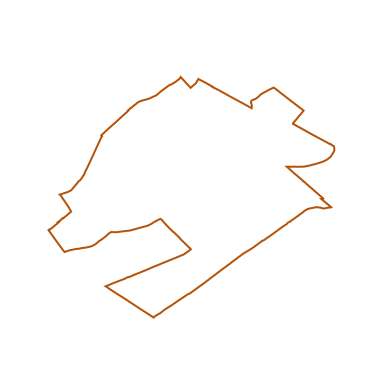 the district of Oudewater, Utrecht, Netherlands, rotated 348°
{"feature_id": "6326949B94693963978568", "entity_name": "Oudewater", "entity_type": "district", "adm_level": 2, "iso_a3": "NLD", "parent_name": "Netherlands", "parent_adm1": "Utrecht", "projection": "natural_earth1", "projection_center": [4.869, 52.025], "detail": "fine", "context": "isolated", "style": "outline", "palette": "amber", "viewbox_px": 384, "rotation_deg": 348, "n_neighbors": 0, "source": "geoboundaries", "source_scale": "gbopen_adm2", "svg_char_len": 5806}
<svg xmlns="http://www.w3.org/2000/svg" viewBox="0 0 384 384"><g transform="rotate(348 192 192)"><path d="M325.0,235.9L324.2,234.8L317.1,225.8L317.8,225.9L318.6,226.1L319.3,226.2L319.6,226.4L306.8,209.4L303.9,205.4L303.4,204.8L303.1,204.7L303.1,204.4L298.1,197.8L297.7,197.2L296.5,195.9L296.0,195.1L295.5,194.6L293.3,191.4L290.0,187.0L290.6,187.1L291.7,187.3L295.5,188.2L297.4,188.5L301.0,189.4L302.1,189.6L306.5,190.4L307.3,190.5L311.0,190.6L311.8,190.6L315.3,190.4L318.8,190.3L322.1,190.0L325.0,189.7L327.9,189.2L328.7,189.0L330.2,188.6L330.7,188.4L331.8,187.9L334.2,186.8L334.9,186.3L335.5,185.8L337.9,183.4L339.0,182.2L339.3,181.7L339.8,181.1L340.0,180.4L340.1,179.7L340.3,178.5L340.3,177.6L340.3,176.6L339.0,175.6L338.5,175.2L337.4,173.8L337.2,174.0L336.7,173.7L335.9,173.0L335.5,172.6L331.4,169.1L322.6,161.7L322.1,161.3L321.9,161.2L321.7,160.9L321.2,160.5L318.0,157.7L313.7,153.9L304.9,146.3L305.0,146.0L305.1,145.8L305.2,145.7L307.2,144.2L310.4,141.7L311.7,140.6L313.8,139.0L316.6,136.8L318.1,135.6L317.5,134.8L312.6,129.1L309.5,125.5L307.3,123.0L304.0,119.0L300.4,114.8L299.1,113.3L297.6,111.3L294.6,107.9L293.5,106.8L292.4,107.1L289.5,107.8L281.7,110.1L280.3,110.6L279.4,110.9L278.6,111.4L277.0,112.5L276.4,112.8L275.2,113.4L274.6,113.7L273.6,114.1L273.0,114.3L272.6,114.3L270.9,114.5L270.6,114.6L270.0,114.7L269.3,115.1L268.9,115.4L268.6,115.7L268.5,116.0L268.4,116.3L268.3,116.8L268.3,117.2L268.5,118.8L268.5,119.2L268.5,119.6L268.4,120.5L267.8,122.4L265.8,120.7L263.8,119.0L261.7,117.2L248.8,106.2L239.6,98.2L236.1,95.3L235.6,95.0L235.2,94.8L233.8,93.5L234.1,93.4L233.2,92.5L231.7,91.3L230.4,90.1L228.4,88.3L227.9,87.9L221.7,82.8L218.3,86.5L212.3,89.8L210.0,85.9L208.6,83.7L207.0,80.8L204.8,77.2L204.0,78.4L203.3,78.6L201.6,79.5L201.2,79.6L199.8,80.4L197.8,81.2L195.7,81.9L194.0,82.5L192.6,82.6L192.0,82.8L189.9,83.7L189.0,84.2L187.5,84.8L181.6,87.6L180.9,88.0L179.0,89.1L177.2,90.0L176.4,90.2L174.9,90.5L173.0,90.9L171.9,91.2L170.1,91.6L168.7,91.8L166.8,92.0L164.6,92.0L162.4,92.2L160.2,92.5L158.4,92.8L157.9,93.0L155.9,94.0L154.8,94.6L154.1,94.9L152.9,95.5L150.4,96.9L150.0,97.1L149.9,97.0L149.6,97.0L148.3,97.8L146.8,98.6L147.0,98.9L146.4,99.3L144.2,100.7L138.6,103.9L137.3,104.7L137.3,104.8L136.8,105.0L134.6,106.3L130.9,108.5L130.4,108.8L130.0,108.9L127.8,110.2L121.3,113.9L115.9,117.2L115.1,117.7L115.2,117.9L115.5,118.3L115.6,118.7L115.3,118.8L115.2,119.1L114.8,119.3L114.8,119.6L113.0,121.9L110.1,125.8L109.4,126.6L108.7,127.6L100.0,139.3L94.3,146.8L92.6,148.9L91.2,150.7L90.4,152.1L86.5,156.0L84.8,157.4L84.3,157.6L83.9,157.7L83.3,158.0L80.9,160.0L78.6,161.8L74.8,164.7L74.4,165.0L74.1,165.2L72.0,165.8L69.6,166.3L67.0,166.5L64.9,166.8L63.5,166.9L62.2,167.1L62.7,167.7L63.0,168.5L68.3,181.4L69.7,186.1L60.5,191.0L60.3,190.6L58.0,191.9L58.0,192.0L56.4,192.9L55.7,193.1L55.9,193.5L54.8,194.1L54.6,193.6L54.0,194.0L54.3,194.7L54.2,194.6L44.6,199.5L44.4,199.1L43.7,199.5L46.4,205.5L47.6,208.3L49.2,212.0L53.8,222.1L54.5,223.4L54.8,224.2L57.9,223.8L59.5,223.6L61.3,223.6L63.0,223.6L65.9,223.6L67.2,223.7L69.1,223.9L70.6,224.0L71.9,223.9L77.2,224.3L79.8,224.3L82.9,224.1L86.6,223.0L88.6,222.1L90.6,220.8L91.2,220.6L93.1,219.9L97.9,217.7L100.2,216.4L101.7,215.4L102.7,215.0L104.6,214.4L104.9,214.4L105.2,214.5L109.0,215.5L110.5,215.7L114.9,216.0L117.2,216.2L119.2,216.3L121.2,216.6L123.9,216.8L130.2,216.4L133.2,216.2L134.7,216.2L136.2,216.0L138.4,215.9L139.8,216.0L141.7,215.7L144.3,215.1L146.0,214.6L147.6,213.9L150.4,213.0L153.4,212.2L155.3,211.7L155.5,211.8L156.0,212.2L156.7,213.0L157.8,215.2L157.9,215.3L158.1,215.7L158.6,216.5L159.0,217.2L160.2,219.2L162.6,223.1L164.8,226.3L165.6,227.4L166.5,228.5L167.5,230.0L167.9,230.8L168.5,231.5L168.8,232.1L169.4,232.9L170.6,234.8L171.0,235.7L171.6,236.7L173.7,239.8L174.9,241.6L178.3,246.7L179.0,247.8L176.8,248.9L172.7,250.6L171.6,251.1L170.9,251.4L170.3,251.5L160.0,253.4L151.5,254.9L142.7,256.5L136.1,257.7L131.3,258.7L123.0,260.2L119.5,260.7L119.5,260.8L117.9,261.0L118.0,261.1L114.1,261.9L112.7,262.1L112.6,261.9L112.4,261.9L109.8,262.3L109.0,262.5L108.7,262.6L108.8,262.6L108.7,262.8L95.9,264.8L91.4,265.7L89.7,266.0L88.8,266.0L88.3,266.2L87.9,266.3L89.0,267.2L90.4,268.9L94.5,273.0L97.7,276.2L104.0,282.3L108.1,286.5L113.6,292.1L119.3,297.8L124.1,302.5L128.3,306.8L128.4,306.6L128.6,306.4L128.9,306.2L131.8,305.2L134.4,304.2L134.8,304.3L135.5,304.0L140.0,301.8L141.4,301.1L141.6,301.1L149.1,298.3L153.9,296.3L155.5,295.6L158.8,294.3L159.6,294.0L161.5,293.2L163.1,292.6L165.0,291.8L166.3,291.3L166.5,291.2L167.9,291.0L169.5,290.4L170.1,290.2L172.1,289.3L172.5,289.2L173.2,288.8L174.2,288.4L174.8,288.1L176.1,287.5L177.9,286.7L185.2,283.5L187.9,282.2L189.3,281.6L191.6,280.4L198.0,277.5L205.9,273.7L210.3,271.8L211.9,271.0L213.3,270.4L214.6,269.8L216.3,269.0L216.3,268.9L217.6,268.3L221.0,266.8L224.0,265.3L225.2,264.9L228.2,263.4L229.1,263.0L234.4,261.2L237.2,260.2L241.1,258.7L244.8,257.0L248.7,255.2L250.4,254.5L250.4,254.4L250.7,254.3L250.8,254.4L251.0,254.4L251.9,254.2L253.2,253.7L253.8,253.5L255.4,252.7L257.7,251.8L260.0,250.8L260.2,250.7L260.4,250.7L267.0,247.7L271.2,245.8L273.7,244.7L275.4,244.0L275.9,243.9L277.3,243.4L277.5,243.3L278.7,242.4L279.1,242.1L279.4,242.0L279.9,241.8L280.2,241.7L281.4,241.5L281.7,241.5L281.8,241.4L281.9,241.2L282.1,241.1L285.7,239.6L290.2,237.6L290.6,237.5L291.1,237.2L292.7,236.5L293.3,236.2L294.5,235.7L295.1,235.4L295.5,235.2L295.9,235.1L296.5,234.8L297.4,234.2L297.7,234.1L298.1,233.9L299.0,233.5L300.7,233.0L301.1,232.8L302.2,232.7L303.2,232.6L306.8,232.6L308.5,232.7L309.2,232.7L310.3,232.7L310.7,232.7L311.2,232.8L312.5,233.5L313.2,233.6L314.1,233.8L314.5,234.0L315.7,234.7L316.0,235.0L316.5,235.2L316.8,235.3L317.6,235.5L318.1,235.6L318.6,235.6L319.4,235.6L322.1,235.6L322.6,235.6L322.9,235.7L324.3,236.0L324.5,236.0L325.0,235.9Z" fill="none" stroke="#b45309" stroke-width="2"/></g></svg>